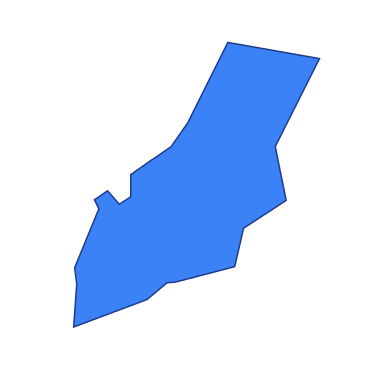 the district of Henganofi District, Eastern Highlands, Papua New Guinea, rotated 10°
{"feature_id": "67681753B63993411977108", "entity_name": "Henganofi District", "entity_type": "district", "adm_level": 2, "iso_a3": "PNG", "parent_name": "Papua New Guinea", "parent_adm1": "Eastern Highlands", "projection": "natural_earth1", "projection_center": [145.631, -6.207], "detail": "fine", "context": "isolated", "style": "filled", "palette": "blue", "viewbox_px": 384, "rotation_deg": 10, "n_neighbors": 0, "source": "geoboundaries", "source_scale": "gbopen_adm2", "svg_char_len": 476}
<svg xmlns="http://www.w3.org/2000/svg" viewBox="0 0 384 384"><g transform="rotate(10 192 192)"><path d="M166.4,305.7L183.2,285.7L191.1,283.7L247.0,258.1L249.1,218.7L271.4,197.8L286.2,183.9L280.5,169.3L275.2,156.0L266.1,132.7L294.4,38.5L201.3,38.5L175.8,124.6L163.6,150.9L146.9,167.4L146.7,167.4L128.7,185.5L132.5,207.4L122.5,216.6L108.6,205.5L97.3,216.6L103.2,224.8L89.6,286.9L94.5,302.8L98.9,345.5L166.4,305.7Z" fill="#3b82f6" stroke="#1e3a8a" stroke-width="1.5"/></g></svg>